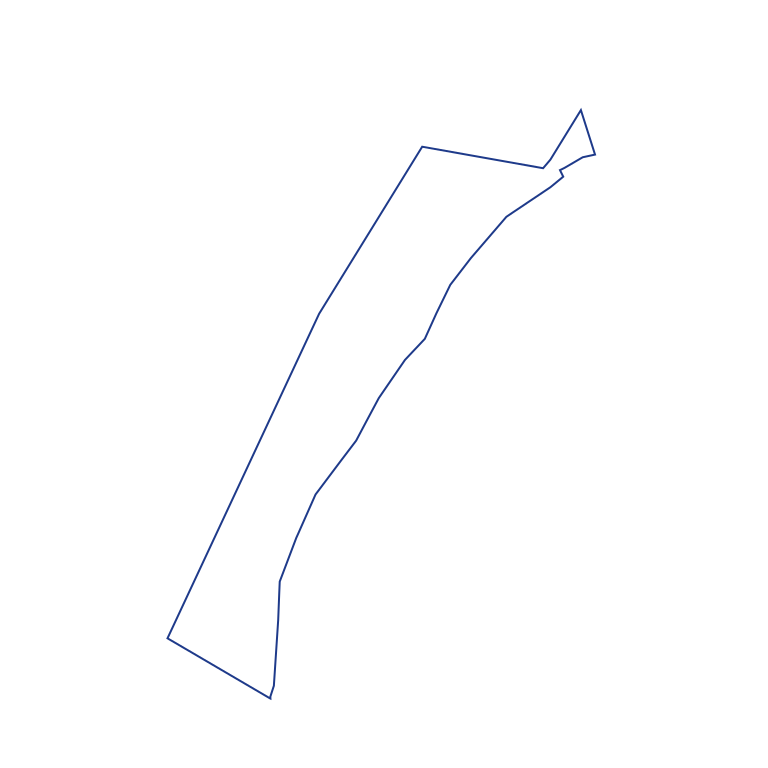 Kennedy Highway, Laborie, Saint Lucia (Robinson projection), rotated 296°
{"feature_id": "8701671B1426599605087", "entity_name": "Kennedy Highway", "entity_type": "district", "adm_level": 2, "iso_a3": "LCA", "parent_name": "Saint Lucia", "parent_adm1": "Laborie", "projection": "robinson", "projection_center": [-60.995, 13.753], "detail": "fine", "context": "isolated", "style": "outline", "palette": "blue", "viewbox_px": 768, "rotation_deg": 296, "n_neighbors": 0, "source": "geoboundaries", "source_scale": "gbopen_adm2", "svg_char_len": 639}
<svg xmlns="http://www.w3.org/2000/svg" viewBox="0 0 768 768"><g transform="rotate(296 384 384)"><path d="M60.5,300.9L59.0,320.8L51.5,419.0L51.5,419.8L53.2,418.9L64.5,417.3L125.4,392.4L149.7,381.7L160.7,376.9L207.4,372.6L211.2,372.5L254.7,370.9L297.7,379.2L320.9,383.8L342.0,384.5L369.1,385.5L414.9,392.3L442.5,400.9L456.8,400.5L470.6,400.1L502.2,400.1L535.3,406.9L587.9,420.7L594.7,424.6L633.8,447.3L648.9,454.2L653.4,448.4L655.4,450.0L657.5,451.6L667.1,458.0L674.9,463.2L682.7,473.1L716.5,440.9L658.6,435.2L657.0,434.8L647.7,432.4L614.0,314.3L418.7,294.9L340.1,296.2L60.5,300.9Z" fill="none" stroke="#1e3a8a" stroke-width="2"/></g></svg>